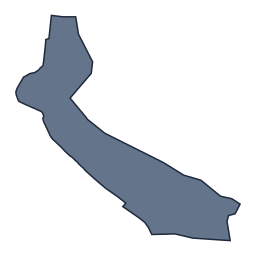 Conway, Castries, Saint Lucia
{"feature_id": "8701671B31601381418998", "entity_name": "Conway", "entity_type": "district", "adm_level": 2, "iso_a3": "LCA", "parent_name": "Saint Lucia", "parent_adm1": "Castries", "projection": "mercator", "projection_center": [-60.991, 14.014], "detail": "fine", "context": "isolated", "style": "filled", "palette": "slate", "viewbox_px": 256, "rotation_deg": 0, "n_neighbors": 0, "source": "geoboundaries", "source_scale": "gbopen_adm2", "svg_char_len": 1068}
<svg xmlns="http://www.w3.org/2000/svg" viewBox="0 0 256 256"><path d="M86.8,118.2L75.1,104.2L70.1,98.1L74.1,93.4L91.2,73.4L91.7,69.7L92.6,61.8L78.5,34.2L75.7,16.8L64.0,16.8L63.0,16.8L51.4,15.4L50.3,25.7L48.9,38.6L47.0,39.1L45.8,39.5L45.7,41.6L45.2,46.9L45.1,47.9L43.6,61.5L43.3,63.4L43.0,65.7L40.1,68.1L38.9,69.8L34.7,72.6L30.0,73.5L23.5,77.2L18.8,85.2L17.1,88.3L16.0,91.3L15.9,92.5L16.0,93.3L16.4,95.5L17.4,98.0L17.6,98.8L18.7,101.2L20.1,102.0L26.1,104.8L40.6,111.2L42.4,112.4L43.8,116.2L42.8,118.5L43.7,121.8L47.9,130.7L50.2,135.8L52.5,139.1L56.7,142.9L61.7,147.7L65.0,151.3L69.6,155.6L72.4,157.5L76.1,161.2L77.1,161.7L77.8,162.8L78.8,164.0L79.9,165.0L80.8,165.9L82.1,167.0L82.8,167.6L85.9,171.1L97.0,181.0L105.3,188.0L108.6,190.4L117.8,196.8L125.7,203.1L122.8,206.6L138.7,217.6L144.7,222.3L148.4,227.5L151.8,234.5L174.9,233.9L192.8,238.1L226.7,240.4L230.2,240.6L227.0,221.3L228.6,215.5L235.1,213.8L240.1,204.1L231.8,198.7L220.5,196.2L200.9,180.2L183.8,175.2L163.5,162.6L104.9,133.3L87.0,119.0L86.8,118.2Z" fill="#64748b" stroke="#1e293b" stroke-width="1.5"/></svg>